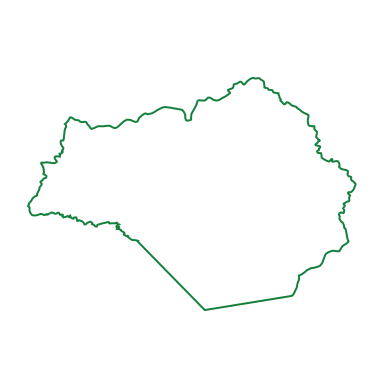 the district of Vallecillo, Francisco Morazán, Honduras, rotated 273°
{"feature_id": "27666195B71251784838701", "entity_name": "Vallecillo", "entity_type": "district", "adm_level": 2, "iso_a3": "HND", "parent_name": "Honduras", "parent_adm1": "Francisco Morazán", "projection": "equal_earth", "projection_center": [-87.364, 14.533], "detail": "fine", "context": "isolated", "style": "outline", "palette": "green", "viewbox_px": 384, "rotation_deg": 273, "n_neighbors": 0, "source": "geoboundaries", "source_scale": "gbopen_adm2", "svg_char_len": 5995}
<svg xmlns="http://www.w3.org/2000/svg" viewBox="0 0 384 384"><g transform="rotate(273 192 192)"><path d="M163.5,347.0L163.7,346.4L163.9,346.1L166.5,345.5L168.6,344.6L169.6,343.7L170.2,342.6L172.6,340.8L173.3,340.6L175.3,340.9L177.0,339.9L177.4,339.9L178.3,340.2L179.3,341.5L179.4,342.2L178.9,344.1L179.0,344.5L179.3,344.7L181.8,345.1L183.2,344.0L183.7,343.8L184.4,344.1L185.1,344.8L186.4,345.3L187.6,344.2L188.2,344.0L188.5,344.4L188.7,345.1L189.2,345.5L190.2,347.0L191.1,349.2L191.6,349.6L194.8,349.2L196.9,350.1L198.3,348.3L198.8,347.9L199.4,347.9L199.9,348.3L200.0,349.5L200.5,351.2L201.4,352.1L203.3,353.4L208.1,355.0L208.7,354.9L211.3,352.1L211.8,351.0L212.3,350.5L213.0,350.2L214.9,350.3L215.4,350.0L215.9,347.8L216.3,347.1L217.9,346.3L220.2,346.7L220.9,346.6L221.3,346.3L221.7,345.6L222.0,344.6L222.8,339.8L224.5,337.8L225.1,337.5L225.9,337.9L226.5,337.9L228.7,337.4L230.2,336.2L230.4,335.6L230.4,334.3L229.7,331.6L229.7,330.6L230.2,330.1L231.9,330.4L232.2,329.8L231.8,329.1L230.6,328.4L229.8,327.6L229.6,327.1L229.8,326.2L231.4,322.4L233.0,319.7L236.6,319.2L237.5,318.8L237.6,316.1L238.0,315.2L238.7,314.9L239.4,314.9L239.9,315.2L240.1,316.0L240.5,316.5L241.9,316.5L243.3,317.6L244.0,317.7L244.3,317.3L244.6,316.6L245.0,313.6L245.4,313.0L245.9,312.8L246.4,313.2L247.8,314.7L249.1,315.5L249.7,316.8L250.0,316.9L250.5,316.5L250.9,315.5L253.3,313.2L254.0,313.1L256.9,313.6L258.4,313.6L258.9,313.4L260.4,311.6L261.3,310.9L261.9,310.8L262.7,310.9L264.0,310.7L264.3,310.2L263.9,309.1L264.2,306.3L264.5,305.3L265.0,304.9L266.8,304.2L269.3,303.9L271.0,303.9L273.3,304.4L274.4,304.3L275.1,304.0L277.2,298.9L278.8,296.4L279.7,295.4L281.3,292.7L282.2,292.0L282.7,291.1L283.2,288.5L283.6,287.3L286.3,283.7L286.6,281.9L284.6,280.3L284.4,279.6L284.7,278.9L285.3,278.2L286.3,277.5L286.8,276.7L288.1,275.4L289.2,275.8L290.6,274.5L292.0,274.3L293.5,273.4L295.1,273.2L295.4,269.8L295.7,268.4L296.1,267.7L297.4,267.2L297.9,266.8L298.1,263.3L298.4,262.9L299.4,262.3L300.1,259.0L300.5,258.8L301.7,258.8L306.1,257.9L306.7,257.2L308.0,254.7L309.0,253.5L309.2,252.9L308.6,249.1L309.2,247.3L308.5,245.2L307.3,243.4L306.2,242.1L304.7,240.7L302.7,239.3L302.1,238.4L302.1,237.8L304.4,235.7L304.7,234.6L304.5,233.8L302.8,231.6L301.6,228.1L299.1,227.8L298.0,227.3L297.2,225.9L296.7,224.3L295.6,222.6L294.7,223.0L293.4,224.5L292.9,224.7L292.4,224.5L289.2,220.4L287.5,217.4L286.1,215.6L285.1,213.8L284.6,211.8L284.8,209.9L285.2,208.4L287.0,205.6L287.2,203.9L286.9,202.9L284.6,200.9L284.0,200.0L283.9,195.9L284.0,194.5L283.7,193.4L283.1,192.9L282.3,192.5L279.5,191.9L277.1,190.9L270.1,187.4L267.4,187.2L264.4,187.3L263.8,186.8L263.4,185.6L263.0,183.3L263.2,182.7L263.6,182.3L265.5,181.4L268.6,181.2L269.8,180.7L271.8,179.5L272.9,178.5L273.5,177.7L273.8,176.2L274.0,173.8L274.3,172.7L274.4,170.4L275.0,167.1L275.4,160.5L275.1,158.9L274.2,156.9L271.6,152.5L270.3,150.9L268.4,147.7L267.5,144.4L267.4,143.3L267.8,142.4L268.0,141.6L267.8,140.6L267.3,139.8L265.8,138.0L263.0,135.2L259.9,134.0L259.4,133.5L259.1,132.4L259.1,131.1L260.6,127.2L260.9,124.3L260.7,123.0L258.8,120.0L253.8,115.1L252.5,113.5L251.9,112.3L251.9,111.3L252.1,110.1L253.3,107.6L253.8,106.2L253.7,103.7L253.5,102.3L253.0,100.6L252.9,96.1L252.8,95.1L252.0,93.2L250.4,90.2L249.9,89.0L249.8,88.2L250.8,87.0L252.4,85.9L254.4,83.8L255.8,83.0L256.4,82.3L256.5,81.0L256.1,78.6L256.3,77.1L256.5,76.4L257.6,75.3L258.0,71.2L259.8,68.4L260.1,67.2L260.1,66.3L257.1,64.8L254.4,62.8L253.2,61.5L252.4,62.5L251.0,62.9L250.0,62.7L248.4,61.9L246.7,61.6L237.6,61.1L236.8,60.7L236.6,58.8L236.3,58.4L235.7,58.2L234.1,58.3L233.0,58.6L230.8,59.9L229.1,61.3L227.6,61.0L227.3,60.4L226.0,59.9L225.4,60.0L225.4,60.7L224.9,60.7L223.4,59.2L223.5,58.3L223.3,57.7L221.7,58.3L220.4,58.2L220.4,57.5L220.6,56.0L220.5,54.9L220.3,53.7L219.8,53.1L219.1,53.0L218.0,53.4L215.5,55.4L214.8,55.2L214.1,54.3L213.7,53.3L213.5,52.2L214.1,45.4L213.5,42.8L213.5,40.5L213.1,39.9L212.5,39.9L209.9,41.7L207.8,42.5L203.9,43.2L202.9,42.7L202.4,42.6L202.0,43.0L201.1,44.7L200.3,45.8L198.8,45.7L198.4,45.2L197.6,43.0L195.8,42.0L194.4,40.1L194.0,40.1L193.5,40.4L192.6,41.4L191.7,41.5L190.8,41.1L188.7,39.5L187.2,39.5L185.9,39.1L182.4,37.5L180.5,37.5L180.1,37.1L179.5,35.6L177.5,33.3L174.2,31.6L171.9,29.6L170.9,29.8L169.4,29.0L168.1,30.6L165.3,30.7L163.3,31.3L161.5,32.6L160.4,33.9L160.4,37.3L162.1,41.9L162.0,43.9L161.3,45.1L161.2,46.0L162.4,48.1L162.2,48.6L161.8,48.7L161.8,49.1L162.6,50.0L164.2,52.9L163.7,55.1L163.2,55.7L163.1,56.6L163.2,57.4L164.3,59.3L164.4,59.7L164.2,60.1L163.3,60.8L162.7,61.0L162.4,61.3L162.3,61.8L162.6,63.1L162.6,63.9L162.4,64.2L162.1,64.3L161.0,63.8L159.9,64.9L160.5,67.3L161.5,68.9L161.3,69.5L160.5,70.4L160.4,70.8L160.7,71.0L161.8,71.2L162.1,71.6L160.5,72.3L159.7,72.9L159.1,74.7L159.2,75.0L160.1,75.2L160.4,75.5L160.5,77.8L157.1,78.9L157.1,79.5L157.7,80.2L157.9,80.7L157.4,82.4L157.2,83.4L155.8,85.2L154.0,86.3L154.0,86.9L154.2,87.6L155.8,89.2L156.9,91.6L157.0,92.1L156.0,94.0L155.6,94.1L154.7,93.8L154.1,95.5L152.8,97.1L152.4,98.3L152.5,98.7L154.0,99.1L154.3,99.5L155.2,101.7L157.6,109.8L157.6,110.3L157.5,110.7L156.4,111.1L156.3,111.4L156.6,114.0L156.7,117.1L157.4,118.1L157.4,118.8L156.2,119.3L155.8,120.7L154.9,119.2L153.8,118.3L153.5,118.3L153.5,120.6L153.4,121.0L153.1,121.2L152.7,121.0L151.5,119.0L151.2,118.9L151.1,120.9L150.5,123.0L149.4,123.5L148.3,125.9L147.9,126.5L147.2,126.7L146.1,126.1L145.9,126.1L145.2,127.6L144.5,128.7L144.9,129.9L144.8,130.3L144.6,130.5L143.8,130.4L141.6,133.4L140.9,135.1L140.9,138.5L140.3,140.9L139.9,140.8L139.6,140.5L74.8,210.9L93.2,295.8L93.5,296.9L94.1,297.9L96.1,299.2L99.0,300.3L101.9,301.6L105.9,302.1L110.5,303.5L112.6,303.4L113.7,303.1L114.1,303.2L115.6,306.0L118.0,309.0L119.7,310.6L122.1,314.8L122.4,315.5L122.5,317.0L122.9,318.3L124.0,321.6L124.9,323.5L126.2,324.6L128.1,325.8L136.0,328.3L137.6,329.3L139.3,332.0L140.6,335.0L140.7,336.5L140.4,340.5L140.6,342.2L145.6,344.9L147.0,346.5L148.2,348.5L150.4,350.8L151.2,350.9L152.2,350.1L153.8,349.6L162.5,347.5L163.5,347.0Z" fill="none" stroke="#15803d" stroke-width="2"/></g></svg>